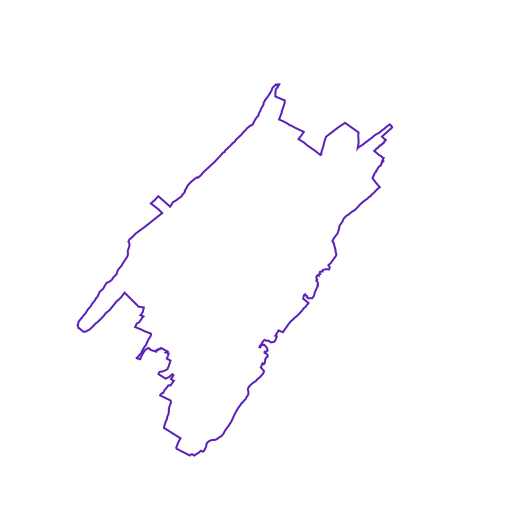 Puiesti, Vaslui, Romania (Mercator projection), rotated 234°
{"feature_id": "2599482B4132166404081", "entity_name": "Puiesti", "entity_type": "district", "adm_level": 2, "iso_a3": "ROU", "parent_name": "Romania", "parent_adm1": "Vaslui", "projection": "mercator", "projection_center": [27.45, 46.442], "detail": "fine", "context": "isolated", "style": "outline", "palette": "violet", "viewbox_px": 512, "rotation_deg": 234, "n_neighbors": 0, "source": "geoboundaries", "source_scale": "gbopen_adm2", "svg_char_len": 6111}
<svg xmlns="http://www.w3.org/2000/svg" viewBox="0 0 512 512"><g transform="rotate(234 256 256)"><path d="M295.7,411.6L311.4,406.3L311.7,398.3L311.3,382.7L308.9,379.3L304.5,374.1L303.5,372.5L301.8,370.3L300.5,368.7L300.0,368.8L299.8,367.5L306.9,365.5L315.2,362.5L319.1,361.7L325.6,359.1L326.9,363.7L328.3,367.6L336.6,363.1L340.9,361.1L342.0,360.1L343.8,359.7L348.8,357.3L352.9,354.9L356.8,360.9L357.4,361.7L357.7,361.7L362.7,368.9L365.1,370.8L365.9,370.1L373.7,365.4L375.9,367.2L376.6,367.4L377.3,368.5L378.1,368.8L379.1,369.8L380.0,373.3L381.3,375.7L382.1,374.4L381.6,373.4L383.2,372.7L382.8,371.4L382.4,368.3L380.6,365.6L379.3,362.6L377.9,359.0L376.8,354.8L376.3,354.5L375.7,352.5L374.3,351.3L373.0,348.8L372.5,347.2L371.1,345.3L369.7,342.2L368.3,340.8L367.9,339.5L367.9,338.4L366.8,335.6L365.5,332.5L364.7,331.5L364.4,330.7L364.3,329.4L364.6,327.9L364.8,327.9L364.6,323.8L364.0,321.7L363.5,318.4L362.7,315.2L361.9,308.3L361.0,306.1L360.9,304.3L361.1,303.5L360.8,302.7L360.2,299.7L360.0,296.5L359.6,295.7L359.7,294.8L359.5,293.1L358.6,291.6L358.9,291.1L358.8,288.7L358.3,287.6L356.4,277.4L354.7,262.7L353.7,258.8L353.4,255.1L354.1,254.8L354.4,254.2L354.4,251.0L354.0,246.0L353.2,242.3L351.6,239.2L350.7,236.7L349.9,236.5L349.1,234.4L348.8,232.2L348.0,230.8L348.0,223.0L348.4,220.5L346.3,215.6L361.8,212.1L360.8,207.2L360.3,201.8L351.2,204.5L345.9,205.4L344.9,183.4L344.9,173.5L344.8,171.0L344.1,168.0L343.8,163.6L343.5,162.6L342.6,161.2L340.7,161.0L339.5,160.3L338.2,159.1L335.7,155.5L334.5,154.5L332.7,153.6L331.1,151.4L328.2,143.5L327.4,142.4L326.0,136.5L324.4,133.8L323.2,132.5L322.5,127.6L321.6,125.9L321.4,124.4L321.5,121.1L322.0,120.2L322.1,119.4L321.0,116.5L319.4,113.2L318.9,108.6L317.5,106.2L316.0,103.2L315.9,101.7L315.0,100.3L313.6,95.1L312.4,92.7L311.5,88.4L309.7,84.1L309.2,81.2L308.3,78.8L308.3,77.8L307.9,77.1L307.6,75.3L306.7,73.2L305.6,72.3L304.7,70.8L303.8,70.7L302.1,70.0L301.8,70.4L296.5,71.8L295.6,72.4L294.9,73.9L294.8,75.2L294.3,78.3L295.2,84.5L295.7,86.4L295.6,88.7L296.2,92.9L297.0,97.5L298.0,100.6L298.3,105.8L301.3,116.8L301.3,118.9L301.9,122.6L303.6,128.1L283.9,131.3L280.3,135.0L277.2,131.4L276.3,128.9L276.1,127.7L273.3,129.4L273.1,128.1L271.4,123.6L271.1,122.0L271.4,119.9L269.6,116.4L264.5,119.6L260.7,121.6L255.6,125.0L254.8,125.4L253.7,124.4L252.5,122.4L252.1,120.6L250.1,117.0L248.7,114.9L248.2,112.9L246.4,108.5L244.6,105.6L244.6,103.6L243.9,102.3L243.7,99.5L243.4,99.4L240.6,101.6L243.3,106.3L244.8,110.2L245.1,112.0L244.8,115.1L241.9,115.6L237.3,118.9L237.7,119.8L238.4,120.0L238.2,121.2L237.5,121.5L237.7,122.3L237.5,122.6L237.8,123.1L237.3,123.3L237.1,124.3L237.4,124.7L237.4,125.1L230.9,128.2L231.0,126.3L228.5,128.1L226.2,125.0L225.4,123.5L221.6,125.4L219.0,121.7L218.0,120.6L217.3,119.0L216.7,118.4L216.5,117.3L217.1,114.0L217.5,112.4L218.8,110.1L218.7,109.1L218.0,108.0L217.7,107.7L209.9,110.8L209.3,114.0L209.2,115.3L209.6,118.8L208.2,119.3L206.6,115.8L206.5,115.0L204.6,115.4L203.4,116.2L201.6,111.1L201.6,110.3L202.7,109.6L202.8,108.8L202.0,106.5L201.2,103.1L199.7,100.4L200.2,99.6L200.2,98.3L199.9,97.0L199.5,96.5L189.5,101.9L188.4,101.8L187.0,100.4L184.7,97.0L183.1,95.2L181.5,94.3L180.9,93.4L179.7,92.6L178.1,89.7L176.5,88.3L175.3,86.0L173.0,82.7L171.0,80.5L152.9,87.8L151.8,85.2L150.7,83.2L147.8,78.8L146.7,78.5L133.5,85.2L133.7,86.3L133.3,87.7L130.7,88.9L130.9,91.1L130.5,93.2L130.8,97.1L128.8,98.1L129.0,99.4L130.2,102.0L130.9,103.3L133.2,105.8L133.7,107.2L133.8,109.8L132.8,112.6L131.3,114.7L130.8,116.9L131.0,119.4L130.6,121.4L131.2,124.9L133.0,128.5L134.9,134.5L136.7,139.0L141.0,146.6L143.5,152.3L144.5,155.5L145.3,157.3L145.5,159.6L146.2,161.8L146.2,163.2L147.5,165.7L148.0,167.4L149.1,169.0L150.8,170.1L153.1,171.1L153.9,172.7L154.4,173.1L155.1,177.6L155.1,180.1L154.9,182.2L155.6,185.2L155.6,188.0L156.7,192.6L157.3,193.7L158.2,194.9L162.9,194.4L162.9,194.9L164.1,196.0L165.4,198.3L163.9,198.7L164.3,200.1L165.4,201.4L166.7,202.4L166.9,203.0L167.9,204.3L167.6,206.0L168.7,207.0L169.5,207.2L170.6,207.0L172.7,206.0L173.5,206.8L172.8,207.7L172.5,208.7L172.6,209.5L172.9,209.9L173.8,210.1L174.6,210.7L175.8,210.8L179.4,210.5L180.0,210.0L179.8,209.2L180.9,208.4L179.6,205.6L180.3,205.2L180.9,206.1L181.3,208.1L182.5,210.5L183.2,213.4L181.2,214.8L180.1,216.4L177.5,217.1L176.3,219.3L175.9,220.9L176.8,222.8L178.8,225.7L180.1,224.8L182.5,230.6L180.4,231.7L178.5,233.1L181.3,240.8L182.6,245.1L182.8,247.9L183.3,250.3L183.4,253.9L184.7,261.2L185.4,262.9L185.7,264.6L185.7,266.0L187.1,270.8L193.8,269.1L195.7,271.2L196.2,272.2L196.1,273.1L195.8,272.9L193.2,273.8L192.9,273.6L192.9,273.1L191.2,273.2L190.3,274.4L190.1,275.1L189.1,276.2L188.8,276.7L188.9,277.3L189.8,279.6L192.3,282.6L195.6,288.7L196.2,288.5L197.6,290.3L200.5,290.4L200.5,291.0L200.8,291.5L201.5,291.4L201.9,291.9L203.1,292.0L204.3,293.9L204.3,294.4L203.1,295.2L204.0,295.9L203.7,297.4L204.6,297.3L205.6,298.5L205.1,299.6L204.3,300.7L205.4,301.8L204.1,305.1L202.2,307.1L203.4,309.1L206.0,309.1L206.4,312.5L209.3,321.2L210.4,322.1L212.2,322.7L214.2,323.9L219.5,325.9L220.3,326.4L223.2,326.5L224.7,329.8L226.3,335.1L227.5,337.0L228.6,338.3L229.2,339.4L230.3,340.1L231.1,341.1L231.8,342.3L232.8,345.6L234.7,349.0L235.4,352.8L235.1,354.8L235.4,359.5L235.1,363.3L236.1,368.9L236.4,369.7L237.0,374.9L236.9,379.5L237.3,382.8L237.0,383.9L237.7,385.5L237.7,387.6L238.8,393.4L238.9,396.6L244.8,396.1L250.5,396.0L251.7,397.8L251.8,398.8L252.4,399.2L253.3,401.1L253.4,402.2L254.2,402.9L254.3,404.2L255.1,405.5L256.1,408.3L255.9,410.4L256.9,411.4L257.1,412.2L257.5,412.4L257.6,412.9L258.0,413.1L257.7,413.9L257.8,414.2L258.3,414.1L258.1,414.8L259.1,414.7L260.2,416.9L261.5,416.2L263.7,415.8L265.5,414.8L271.6,413.4L271.6,415.3L272.2,416.6L271.8,418.0L272.4,419.7L272.2,420.2L272.6,421.5L272.0,422.2L272.6,423.5L272.3,424.1L272.4,425.3L272.8,425.7L272.5,426.4L273.5,427.5L273.3,429.0L273.6,429.3L277.0,428.2L278.6,428.1L279.9,441.4L280.2,441.8L281.0,441.7L281.1,442.0L283.9,441.6L283.8,436.6L283.5,434.4L283.6,431.9L283.3,428.1L283.9,423.5L283.5,418.4L283.5,410.4L283.3,407.5L283.7,402.9L283.4,401.6L286.9,405.2L291.0,408.1L293.0,409.2L295.7,411.6Z" fill="none" stroke="#5b21b6" stroke-width="2"/></g></svg>